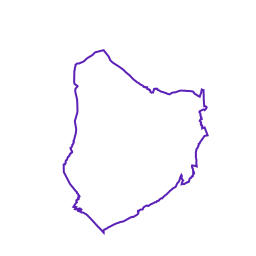 Flesberg nor, Buskerud, Norway (orthographic projection), rotated 63°
{"feature_id": "86288312B11516416194364", "entity_name": "Flesberg nor", "entity_type": "district", "adm_level": 2, "iso_a3": "NOR", "parent_name": "Norway", "parent_adm1": "Buskerud", "projection": "orthographic", "projection_center": [9.551, 59.857], "detail": "fine", "context": "isolated", "style": "outline", "palette": "violet", "viewbox_px": 256, "rotation_deg": 63, "n_neighbors": 0, "source": "geoboundaries", "source_scale": "gbopen_adm2", "svg_char_len": 5755}
<svg xmlns="http://www.w3.org/2000/svg" viewBox="0 0 256 256"><g transform="rotate(63 128 128)"><path d="M187.1,203.9L193.2,202.0L196.2,201.2L203.2,199.3L203.3,199.1L210.3,197.2L210.0,197.0L208.3,196.4L208.0,196.1L207.8,195.4L207.9,192.7L207.8,191.6L207.6,190.9L207.7,188.5L207.6,184.6L207.8,181.4L208.2,178.9L208.2,177.7L209.1,175.0L209.1,174.7L209.1,172.7L208.9,167.6L208.9,165.6L209.0,164.9L209.3,164.7L209.4,164.1L209.4,163.8L209.7,163.4L209.8,162.9L209.7,162.5L209.5,162.0L209.5,159.8L209.3,159.2L209.3,158.9L208.9,157.7L208.1,157.1L207.2,157.3L207.1,157.2L207.1,156.9L206.6,156.9L206.4,156.8L206.4,156.3L206.8,155.8L206.8,155.6L206.5,155.1L206.4,154.2L206.4,153.8L206.6,153.3L206.9,152.9L207.2,151.9L207.0,151.6L206.3,150.9L205.7,150.0L205.5,147.4L205.6,146.7L205.8,146.3L206.1,145.8L206.5,145.7L206.7,145.3L206.3,142.1L206.4,141.7L206.4,140.4L206.5,140.3L206.5,139.8L206.4,138.7L206.4,137.7L206.8,136.9L206.8,136.3L206.8,136.1L206.4,135.7L206.3,135.4L206.3,135.0L206.8,133.7L206.3,133.1L206.1,132.2L205.9,131.9L205.8,130.0L206.2,129.5L205.9,129.0L205.3,127.1L204.8,124.9L204.6,123.7L202.9,118.5L202.8,117.6L202.2,115.4L202.1,112.7L201.9,111.9L200.0,109.8L199.5,108.7L198.9,107.0L197.5,105.5L196.1,104.2L194.1,101.8L195.3,101.8L196.1,102.6L196.5,102.9L197.0,102.9L197.3,103.2L199.7,102.7L199.8,103.1L200.2,103.4L200.7,104.2L201.4,104.5L201.6,104.8L201.6,105.0L201.8,105.0L202.5,105.7L202.7,104.9L202.9,104.4L203.5,103.5L203.2,100.3L203.5,99.9L203.3,99.2L203.6,98.7L203.4,98.0L202.9,97.7L202.6,97.3L201.1,96.0L200.9,95.3L201.0,94.9L201.0,94.4L200.7,94.1L200.8,93.9L200.5,93.4L200.5,93.1L200.2,93.0L200.3,92.7L200.1,92.3L200.2,92.1L199.6,91.8L199.2,91.1L198.9,90.9L198.6,89.8L198.2,89.7L197.9,89.8L197.6,89.6L197.5,90.0L197.6,90.4L197.4,90.4L197.1,90.1L196.9,89.6L196.7,89.5L195.8,89.5L195.3,89.2L193.5,88.7L192.8,88.7L192.5,88.9L190.5,88.0L190.7,87.4L191.3,86.7L191.8,85.9L193.0,84.8L193.5,84.2L192.2,83.7L191.1,83.5L187.7,81.6L184.5,80.7L183.1,79.8L181.9,79.3L181.8,79.1L180.6,78.7L179.5,77.8L178.7,77.0L178.2,76.8L177.6,76.1L177.5,75.5L176.1,73.5L175.5,73.3L175.1,72.6L174.3,72.3L174.3,71.1L173.6,70.5L173.0,69.7L172.6,68.6L172.4,68.3L169.8,63.4L170.7,60.4L162.3,59.5L162.2,60.9L161.8,61.6L161.9,62.0L161.0,61.6L160.7,61.7L160.3,61.3L160.3,61.1L159.7,60.8L159.1,60.9L159.0,61.1L158.5,61.3L158.5,61.5L158.4,61.5L158.0,61.2L157.5,61.3L157.3,60.9L156.9,60.7L156.8,60.8L156.2,60.3L155.5,60.4L154.3,60.9L154.0,60.7L153.5,59.8L153.4,59.5L153.2,59.3L153.1,59.0L153.6,58.5L153.6,58.3L152.9,58.2L152.6,58.0L151.8,57.8L151.4,57.9L151.4,58.1L150.1,57.8L149.9,57.6L149.6,57.6L148.8,57.4L148.2,56.9L146.3,57.2L145.9,56.9L145.6,56.1L145.7,55.4L145.6,53.7L145.7,52.8L145.9,52.1L146.9,51.7L146.2,49.7L145.6,48.8L145.2,48.5L144.6,48.6L143.7,49.3L143.3,50.2L138.2,48.1L128.5,43.5L128.3,44.0L128.1,44.2L127.8,44.6L127.5,44.6L127.2,44.8L129.5,46.6L130.6,47.7L131.5,48.8L132.7,49.9L131.5,50.8L129.0,52.2L128.5,52.6L127.5,53.1L126.6,53.4L125.7,53.2L124.5,54.1L122.4,57.4L121.8,58.7L120.8,60.0L120.6,60.5L119.0,63.2L118.5,64.3L118.1,66.1L117.8,69.1L117.6,70.0L117.1,70.9L116.6,72.9L116.7,74.0L116.9,75.7L115.1,77.7L114.1,78.2L113.4,79.2L112.0,80.3L111.1,81.5L110.2,82.3L108.5,83.3L107.6,84.2L107.3,84.3L106.7,84.1L106.5,84.4L106.1,84.4L105.8,84.7L105.7,85.0L105.8,85.4L105.0,86.8L105.0,87.0L107.5,89.3L107.3,89.4L107.5,89.8L107.3,90.4L107.2,90.5L107.2,91.0L106.7,91.2L106.3,91.6L104.3,91.2L103.8,91.8L103.5,91.7L103.4,92.0L102.9,92.0L102.5,92.5L102.0,93.0L101.7,92.7L101.3,92.8L101.4,92.7L100.9,92.7L100.8,92.9L100.7,93.0L100.3,92.6L100.2,92.8L100.3,93.2L100.1,93.3L100.1,93.6L99.7,93.9L99.6,94.1L99.3,94.1L99.2,94.3L99.1,94.6L98.7,94.9L98.4,95.4L97.9,95.2L96.6,95.8L94.9,97.2L93.0,98.0L91.4,99.1L86.8,101.2L82.0,102.6L77.4,104.6L73.7,105.8L67.8,108.9L66.8,109.6L63.2,111.7L59.9,113.0L55.4,112.8L47.6,114.4L45.7,122.7L45.9,123.9L46.7,125.9L47.0,127.9L47.2,131.7L47.4,133.1L48.6,137.1L48.5,139.0L48.3,142.3L47.5,143.7L47.8,146.0L49.2,146.8L50.1,147.9L52.4,149.3L52.8,149.9L62.8,155.2L64.6,155.6L67.6,153.9L68.1,154.1L68.5,155.5L69.3,157.1L71.3,158.4L79.4,160.4L82.6,161.8L88.7,164.7L91.2,166.1L97.8,172.3L105.6,174.7L109.0,176.9L114.9,182.2L114.9,182.4L115.8,182.5L115.9,183.0L116.1,183.0L116.6,183.3L117.3,184.1L117.3,184.4L117.5,184.9L117.8,185.2L117.8,185.4L118.6,185.7L119.1,186.3L119.1,186.5L119.7,187.6L119.7,188.1L119.7,188.3L121.0,188.4L121.2,188.7L123.1,188.5L123.4,188.4L124.1,188.6L124.4,189.0L124.3,189.7L124.5,189.9L124.5,190.6L124.9,191.0L124.9,191.4L125.1,191.6L125.1,192.0L125.6,192.2L126.1,192.8L126.4,193.8L126.7,194.3L126.6,194.6L126.9,194.8L127.0,195.2L128.0,196.3L128.6,196.6L128.6,197.1L128.6,197.6L128.7,197.9L128.8,198.0L128.9,198.3L129.2,198.6L130.6,199.2L131.1,199.7L131.1,200.1L131.5,200.4L131.6,200.5L131.3,200.7L131.3,201.1L131.5,201.4L131.4,201.9L138.1,205.2L151.4,205.1L160.5,203.2L161.2,202.9L161.4,202.9L161.6,202.7L162.1,202.7L162.8,203.0L163.1,202.7L163.5,202.7L164.2,202.5L165.4,202.7L165.6,202.4L165.9,202.2L166.2,202.4L166.8,202.3L166.8,202.9L167.1,203.7L167.5,203.6L167.7,203.8L167.9,203.7L168.0,204.3L168.3,204.3L168.4,204.6L168.7,204.3L168.9,204.3L169.0,205.3L168.9,205.6L169.0,205.7L168.9,206.5L169.3,206.7L169.5,207.2L170.0,207.4L170.5,207.5L170.7,207.3L171.0,207.3L171.1,208.1L171.5,208.9L173.5,212.5L174.0,211.9L174.3,211.2L174.7,210.9L174.6,210.7L174.9,210.3L174.8,210.2L175.0,210.0L176.2,212.1L176.8,211.3L176.9,210.6L177.2,210.1L177.3,209.0L177.7,208.3L177.8,207.4L178.4,207.0L178.6,207.0L179.5,206.5L179.8,206.9L179.9,207.2L179.0,208.3L178.9,208.7L178.9,209.1L178.3,209.5L178.5,210.1L179.2,210.2L179.5,210.0L179.5,209.7L179.9,209.3L179.9,209.0L180.0,208.9L180.8,208.6L180.8,208.4L181.3,208.1L182.0,207.9L182.2,207.5L182.6,207.1L182.9,206.4L185.8,204.5L187.1,203.9Z" fill="none" stroke="#5b21b6" stroke-width="2"/></g></svg>